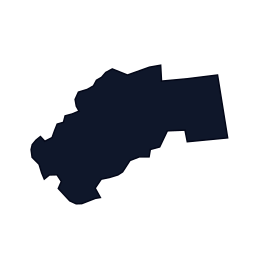 Presidente Lucena, Rio Grande do Sul, Brazil (Mercator projection), rotated 345°
{"feature_id": "56859067B94110743139040", "entity_name": "Presidente Lucena", "entity_type": "district", "adm_level": 2, "iso_a3": "BRA", "parent_name": "Brazil", "parent_adm1": "Rio Grande do Sul", "projection": "mercator", "projection_center": [-51.191, -29.525], "detail": "fine", "context": "isolated", "style": "filled", "palette": "ink", "viewbox_px": 256, "rotation_deg": 345, "n_neighbors": 0, "source": "geoboundaries", "source_scale": "gbopen_adm2", "svg_char_len": 795}
<svg xmlns="http://www.w3.org/2000/svg" viewBox="0 0 256 256"><g transform="rotate(345 128 128)"><path d="M221.7,163.3L228.2,100.0L198.1,95.8L172.5,91.4L175.8,75.8L164.5,74.8L141.2,76.7L128.1,66.9L120.9,68.6L115.6,72.2L109.9,73.7L105.5,78.4L98.6,80.2L89.4,80.5L84.3,86.7L83.7,93.5L85.1,99.0L77.6,100.0L70.4,100.0L67.1,105.8L60.6,105.9L56.5,111.4L52.2,117.6L44.2,119.3L41.2,113.6L36.0,115.9L31.2,119.3L28.8,123.8L27.8,131.5L32.7,140.0L33.0,149.0L33.9,155.7L39.9,153.0L47.3,154.8L49.8,162.4L45.0,168.4L52.9,183.3L58.3,187.8L63.8,189.1L70.1,188.4L78.3,187.5L83.3,188.0L80.7,177.6L88.9,170.5L97.3,171.0L106.1,170.7L111.4,169.0L121.5,159.9L131.4,158.8L140.9,161.3L144.0,154.5L153.7,154.5L165.3,140.9L182.5,144.8L181.7,156.6L221.7,163.3Z" fill="#0f172a" stroke="#020617" stroke-width="1.5"/></g></svg>